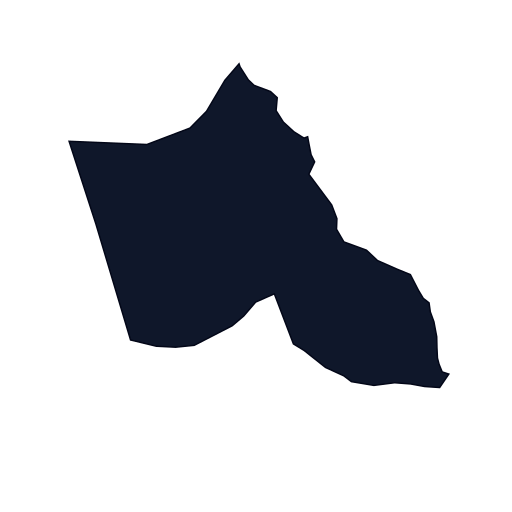 Amiantos, Limassol, Cyprus, rotated 340°
{"feature_id": "46923920B1926327299248", "entity_name": "Amiantos", "entity_type": "district", "adm_level": 2, "iso_a3": "CYP", "parent_name": "Cyprus", "parent_adm1": "Limassol", "projection": "orthographic", "projection_center": [32.932, 34.921], "detail": "fine", "context": "isolated", "style": "filled", "palette": "ink", "viewbox_px": 512, "rotation_deg": 340, "n_neighbors": 0, "source": "geoboundaries", "source_scale": "gbopen_adm2", "svg_char_len": 919}
<svg xmlns="http://www.w3.org/2000/svg" viewBox="0 0 512 512"><g transform="rotate(340 256 256)"><path d="M286.9,80.2L259.0,103.1L246.1,109.2L237.7,113.2L191.6,113.9L119.6,84.3L116.5,171.2L109.4,292.0L131.5,306.7L149.3,314.2L167.4,318.8L209.8,313.4L223.9,308.2L239.9,299.2L260.3,297.8L261.1,351.4L268.9,361.2L273.3,368.4L283.2,384.5L297.5,398.6L302.7,406.7L322.5,417.9L342.9,422.5L357.5,429.1L369.8,436.3L383.6,442.4L396.8,432.9L391.3,428.6L391.0,420.2L391.6,414.0L394.7,404.0L398.2,393.7L400.7,378.6L400.7,368.1L402.6,359.2L398.7,353.0L396.9,343.7L394.7,326.3L383.6,316.2L368.6,301.8L361.8,288.3L343.4,272.8L340.8,258.4L344.8,248.6L344.6,233.9L333.6,197.2L343.3,187.6L342.4,179.7L344.0,169.4L345.3,161.6L341.5,161.6L339.9,159.7L334.1,152.2L327.5,139.5L324.6,126.3L330.1,114.5L325.9,106.4L314.2,96.4L312.5,94.9L309.0,87.8L305.7,72.8L305.8,69.6L286.9,80.2Z" fill="#0f172a" stroke="#020617" stroke-width="1.5"/></g></svg>